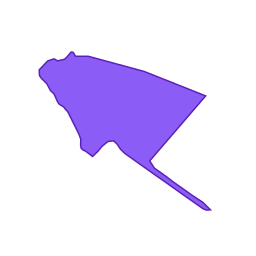 SVG path tracing the border of Rivas, rotated 15°
{"feature_id": "NIC-24", "entity_name": "Rivas", "entity_type": "Department", "adm_level": 1, "iso_a3": "NIC", "parent_name": "Nicaragua", "parent_adm1": "", "projection": "albers", "projection_center": [-85.754, 11.311], "detail": "fine", "context": "isolated", "style": "filled", "palette": "violet", "viewbox_px": 256, "rotation_deg": 15, "n_neighbors": 0, "source": "natural_earth", "source_scale": "10m", "svg_char_len": 894}
<svg xmlns="http://www.w3.org/2000/svg" viewBox="0 0 256 256"><g transform="rotate(15 128 128)"><path d="M173.8,169.0L168.2,167.0L147.1,159.2L131.3,153.3L126.2,150.4L121.8,146.5L117.3,144.1L112.1,146.3L107.7,152.3L104.9,158.5L101.1,164.7L93.2,161.4L90.2,160.9L88.0,159.7L86.7,156.9L85.3,151.1L82.4,146.9L65.8,128.1L64.4,127.1L63.6,126.7L61.3,125.1L60.7,124.4L55.3,122.8L52.9,120.6L47.7,114.2L43.5,112.0L38.2,106.3L31.4,102.4L29.1,100.4L28.5,99.1L27.2,94.8L31.7,86.5L32.8,84.5L33.2,83.9L38.7,80.3L42.4,81.3L43.5,81.1L44.1,80.5L48.4,78.3L49.0,77.9L50.7,75.1L53.1,69.9L53.6,69.4L54.0,69.1L54.4,69.1L54.7,69.1L55.5,69.3L56.2,69.7L56.8,70.4L58.3,72.0L59.0,72.2L65.9,70.4L71.0,69.0L129.0,69.2L194.7,76.9L157.5,154.1L163.8,159.9L177.8,165.1L185.5,168.3L206.5,176.1L219.9,180.6L228.8,185.7L225.1,187.0L221.5,186.6L196.3,177.4L173.8,169.0Z" fill="#8b5cf6" stroke="#5b21b6" stroke-width="1.5"/></g></svg>